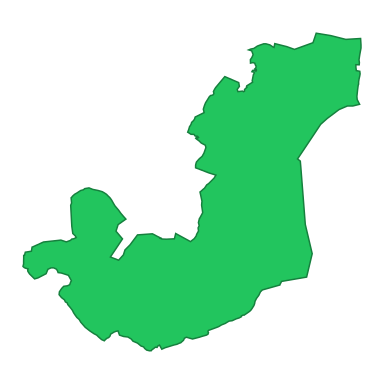 outline of Fufore, Adamawa, Nigeria
{"feature_id": "59680162B6607126567740", "entity_name": "Fufore", "entity_type": "district", "adm_level": 2, "iso_a3": "NGA", "parent_name": "Nigeria", "parent_adm1": "Adamawa", "projection": "mercator", "projection_center": [12.553, 9.248], "detail": "fine", "context": "isolated", "style": "filled", "palette": "green", "viewbox_px": 384, "rotation_deg": 0, "n_neighbors": 0, "source": "geoboundaries", "source_scale": "gbopen_adm2", "svg_char_len": 4517}
<svg xmlns="http://www.w3.org/2000/svg" viewBox="0 0 384 384"><path d="M200.0,192.0L202.0,201.3L201.8,202.8L201.6,205.1L202.0,207.8L202.7,212.7L199.5,218.6L199.4,218.6L198.4,222.6L199.2,225.6L198.1,227.9L198.5,231.0L196.6,234.4L196.5,234.9L196.2,235.9L194.3,238.6L190.5,241.6L178.6,235.1L175.7,233.5L174.4,238.8L166.2,239.2L161.8,239.0L161.3,238.3L160.8,238.5L160.4,238.4L160.8,238.1L158.4,236.9L156.8,236.1L154.6,234.9L152.4,233.8L137.5,234.9L130.0,244.9L125.0,249.9L123.4,254.9L118.6,260.2L110.4,257.0L122.5,238.9L116.0,231.2L118.1,224.6L125.9,219.1L123.2,216.1L122.9,215.7L120.9,213.4L118.7,210.3L117.1,208.4L114.9,205.8L113.3,203.1L111.8,200.4L110.3,198.2L109.5,197.3L108.4,196.3L106.5,194.3L104.2,192.8L102.3,191.7L98.2,190.5L92.8,189.4L89.0,187.9L84.8,188.6L83.3,189.8L80.7,190.5L79.3,191.4L78.4,192.0L77.2,192.8L74.6,194.3L72.5,196.2L72.1,196.8L71.1,197.8L71.6,203.0L70.7,205.3L71.8,226.2L71.9,227.0L72.8,233.5L75.3,235.9L76.2,237.6L73.4,238.9L71.9,239.0L70.4,240.4L66.3,241.9L60.9,240.1L57.3,240.5L43.5,242.0L32.5,247.0L32.1,247.1L31.4,251.2L25.3,252.2L24.5,255.3L23.7,255.4L23.7,256.1L23.7,258.0L23.6,261.2L23.6,263.8L23.5,264.6L23.3,264.9L23.0,266.5L24.4,267.7L25.6,268.2L28.1,268.9L27.7,270.0L27.9,271.4L29.5,273.9L34.6,278.9L38.0,277.9L46.1,273.7L47.9,269.3L50.9,267.9L53.4,267.8L56.0,268.9L57.3,270.4L58.1,272.6L61.3,273.0L64.1,273.9L68.4,275.3L70.4,278.9L71.4,280.8L70.7,281.9L69.7,284.7L67.4,285.8L63.7,286.3L61.7,288.4L59.4,291.8L59.1,294.7L61.5,297.6L64.4,299.8L65.4,301.9L67.2,302.9L67.8,304.6L70.1,307.3L72.4,310.3L72.9,311.3L73.5,312.6L75.0,314.9L76.9,317.5L77.4,317.9L79.2,319.5L80.7,322.1L85.3,327.4L86.4,328.2L89.8,330.9L93.5,333.4L93.6,333.5L96.7,335.1L98.6,337.0L101.6,339.6L104.3,340.8L105.7,339.3L107.4,338.0L108.5,337.7L109.9,336.3L110.7,334.1L114.2,332.0L116.1,331.3L118.0,330.9L119.5,335.1L123.6,336.5L127.9,337.0L131.2,339.0L133.0,341.2L137.5,343.1L141.0,346.0L143.6,346.9L144.7,348.5L146.7,350.1L149.5,350.8L151.3,350.7L152.0,349.7L153.5,348.7L155.3,347.2L157.1,347.4L157.7,346.1L159.5,345.1L161.8,349.2L165.1,347.7L167.8,346.9L173.9,345.0L176.9,344.3L179.6,343.1L180.7,342.8L181.9,341.7L183.5,340.3L184.4,338.3L186.4,337.2L192.5,339.0L195.6,338.2L199.8,337.1L200.9,336.7L203.6,335.9L206.2,335.2L206.6,335.0L207.9,334.3L208.5,332.7L208.0,331.8L208.0,331.2L208.5,330.4L211.8,329.2L216.4,327.5L218.7,326.6L221.5,324.9L225.3,323.4L227.2,322.2L229.1,321.1L232.2,320.7L236.3,318.8L239.2,317.9L241.4,316.7L241.3,316.0L243.2,315.0L244.0,315.2L247.0,313.2L249.7,311.3L251.2,309.8L252.7,307.5L253.9,305.6L254.6,303.7L255.0,301.4L256.5,298.4L258.8,295.3L260.4,291.9L262.3,290.0L262.5,289.9L279.9,285.0L280.0,284.4L280.4,283.7L281.5,281.5L281.6,281.4L306.6,277.1L312.2,253.7L305.3,224.5L302.8,192.4L300.8,166.9L300.3,161.1L297.5,158.9L298.1,158.1L314.5,133.6L320.2,125.0L320.7,124.3L327.3,118.4L328.5,117.5L339.0,109.6L342.0,108.3L344.1,107.4L347.4,106.0L352.8,106.0L359.6,104.3L357.2,99.6L356.9,96.4L357.3,92.6L357.6,89.7L358.2,85.2L358.6,84.2L358.6,83.1L358.6,81.9L359.0,79.3L359.7,76.2L360.1,73.9L359.8,71.3L356.3,70.6L355.9,67.3L355.9,64.7L359.2,64.8L359.4,62.5L359.0,59.8L359.8,54.5L361.0,48.0L361.0,47.9L361.0,45.0L360.6,38.5L345.8,39.4L330.8,35.6L316.2,33.2L313.0,42.7L294.5,49.4L286.7,46.6L280.3,45.0L276.4,44.0L274.8,43.6L274.0,47.4L272.7,46.8L269.9,44.9L265.9,43.8L263.7,43.8L259.9,45.1L257.3,46.1L253.9,48.4L250.6,49.1L248.7,49.9L251.7,50.8L253.1,54.7L251.8,57.6L250.4,59.6L250.5,63.1L253.0,62.6L254.8,63.2L255.3,64.9L256.1,66.1L255.9,67.8L254.9,68.8L256.3,69.5L256.4,70.5L255.9,71.2L254.6,70.2L252.7,70.4L252.2,71.1L251.9,71.7L254.0,72.2L254.4,72.9L253.4,74.6L252.2,80.7L252.6,82.2L246.8,85.8L246.5,86.8L246.9,87.3L244.6,89.4L244.5,91.2L243.5,91.7L242.5,91.1L240.0,91.4L237.9,91.6L237.2,89.4L239.4,86.4L238.7,82.6L224.8,76.6L215.6,87.6L214.5,89.4L213.4,91.6L213.7,92.5L213.9,93.6L213.0,94.9L211.9,95.3L210.6,95.5L209.4,96.6L207.0,100.5L205.6,102.7L204.5,105.4L203.3,109.2L203.7,110.7L204.1,112.6L195.2,117.0L194.4,119.4L193.0,121.1L191.6,122.4L191.3,123.6L190.9,124.6L190.3,125.6L189.5,126.7L189.2,127.9L188.6,129.8L187.7,132.2L188.7,132.8L191.0,134.3L194.0,134.4L195.1,136.0L197.6,136.3L198.5,137.5L197.4,138.3L196.9,137.8L196.7,137.4L196.4,137.4L195.7,138.3L196.5,139.0L199.2,141.0L201.2,143.0L205.3,145.2L205.9,147.6L204.0,153.0L202.1,156.4L199.8,158.3L198.7,159.4L196.4,162.1L195.9,163.9L195.6,165.1L195.6,167.8L208.6,172.8L215.9,175.1L214.1,178.1L208.6,183.6L206.7,184.9L204.5,188.2L203.0,189.4L201.2,191.1L200.0,192.0Z" fill="#22c55e" stroke="#15803d" stroke-width="1.5"/></svg>